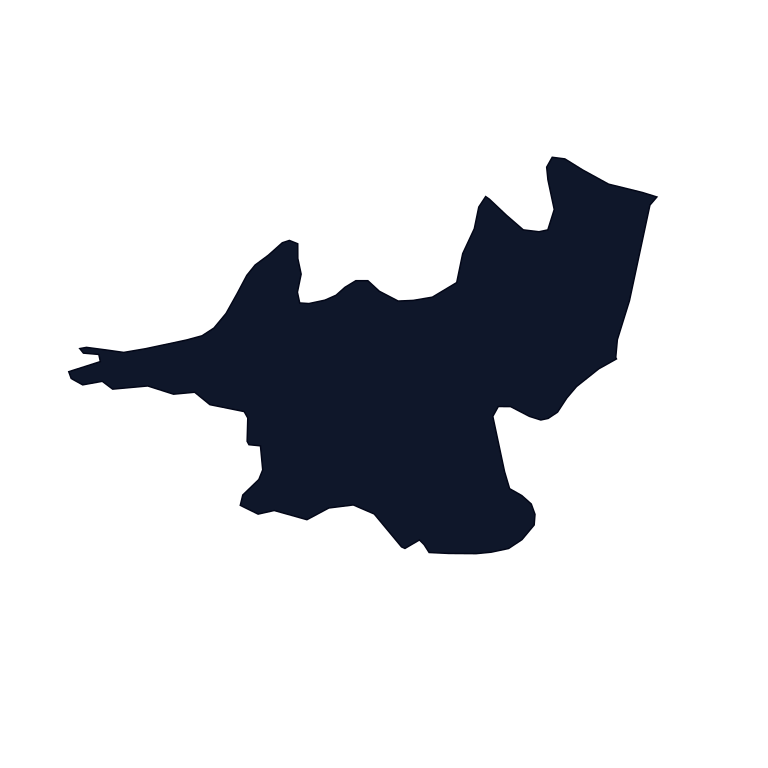 SVG path tracing the border of East Ayrshire, rotated 78°
{"feature_id": "GBR-2001", "entity_name": "East Ayrshire", "entity_type": "Unitary District", "adm_level": 1, "iso_a3": "GBR", "parent_name": "United Kingdom", "parent_adm1": "", "projection": "mercator", "projection_center": [-4.337, 55.451], "detail": "fine", "context": "isolated", "style": "filled", "palette": "ink", "viewbox_px": 768, "rotation_deg": 78, "n_neighbors": 0, "source": "natural_earth", "source_scale": "10m", "svg_char_len": 1511}
<svg xmlns="http://www.w3.org/2000/svg" viewBox="0 0 768 768"><g transform="rotate(78 384 384)"><path d="M276.2,449.6L287.2,449.6L289.7,440.7L289.7,424.4L287.2,412.4L281.3,402.1L277.1,390.1L279.6,378.3L292.3,369.3L305.8,352.9L308.3,338.0L309.1,318.6L299.9,291.8L272.8,279.9L250.9,263.4L230.6,254.5L221.8,245.6L225.1,242.5L244.5,229.1L262.2,215.7L267.3,200.7L267.3,191.7L248.7,181.2L235.2,181.2L218.3,181.2L205.7,179.8L197.2,172.3L201.4,160.3L215.8,145.3L235.2,122.8L250.4,91.4L257.8,78.2L264.3,86.7L353.6,126.6L389.1,146.5L406.2,151.8L407.8,151.4L413.8,170.8L426.5,196.2L435.7,208.1L447.6,220.1L451.8,230.6L451.8,238.1L445.9,248.5L432.4,264.9L429.8,276.9L438.3,284.3L449.2,284.3L463.6,284.3L494.8,284.3L512.5,282.9L521.8,272.4L532.0,264.9L542.9,263.4L553.1,266.4L564.9,281.4L570.8,296.3L570.8,314.2L569.1,329.1L563.2,355.9L558.2,374.9L549.4,378.2L543.9,381.8L549.2,397.7L547.0,400.7L509.1,420.6L495.9,439.2L493.8,463.7L500.7,487.6L484.9,517.7L485.1,534.2L472.8,549.8L463.2,545.2L451.4,526.3L442.8,520.5L418.8,517.7L415.3,528.7L411.6,529.8L388.9,524.3L381.9,526.5L368.0,558.6L352.7,570.9L350.2,592.0L336.8,615.5L332.6,650.5L322.8,659.0L322.2,678.9L313.6,688.8L306.4,689.8L303.1,656.8L295.8,656.8L291.3,671.6L286.1,674.2L286.3,667.4L293.1,648.2L299.0,632.0L299.9,609.8L299.9,592.0L299.9,568.3L299.0,552.0L293.9,538.7L282.1,523.8L265.2,509.0L249.2,495.6L240.8,485.3L234.0,470.4L224.7,454.1L223.9,446.7L228.9,439.2L243.3,442.2L259.3,442.2L276.2,449.6Z" fill="#0f172a" stroke="#020617" stroke-width="1.5"/></g></svg>